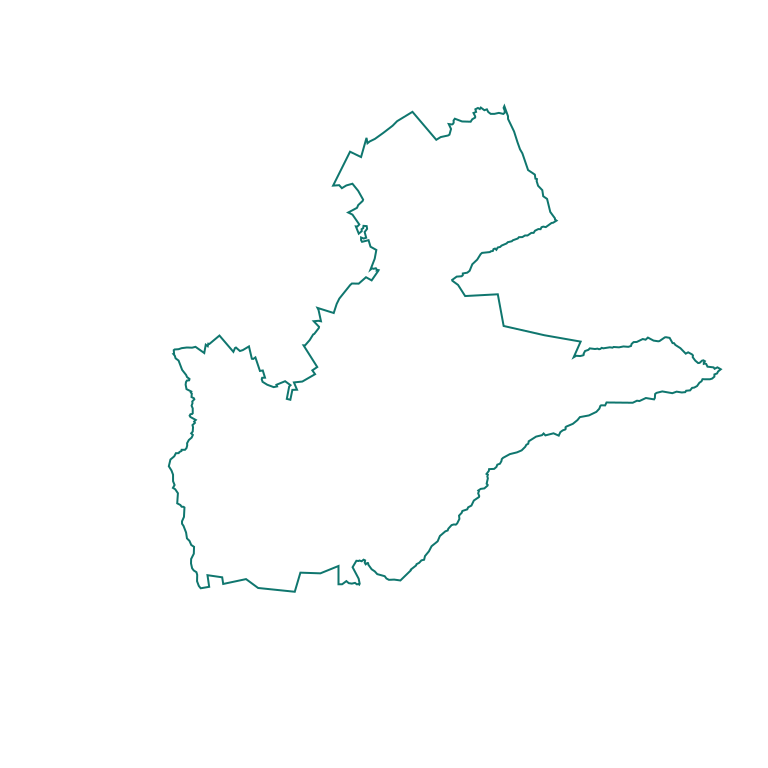 the district of Goromonzi, Mashonaland East, Zimbabwe, rotated 51°
{"feature_id": "62879985B13905566839040", "entity_name": "Goromonzi", "entity_type": "district", "adm_level": 2, "iso_a3": "ZWE", "parent_name": "Zimbabwe", "parent_adm1": "Mashonaland East", "projection": "albers", "projection_center": [31.401, -17.8], "detail": "fine", "context": "isolated", "style": "outline", "palette": "teal", "viewbox_px": 768, "rotation_deg": 51, "n_neighbors": 0, "source": "geoboundaries", "source_scale": "gbopen_adm2", "svg_char_len": 6165}
<svg xmlns="http://www.w3.org/2000/svg" viewBox="0 0 768 768"><g transform="rotate(51 384 384)"><path d="M243.8,115.6L244.7,117.3L247.7,118.2L249.2,119.7L249.2,121.3L245.6,124.1L243.6,128.1L241.2,131.1L238.2,131.8L235.3,131.2L234.4,133.7L230.1,134.8L230.6,136.5L228.6,137.3L228.0,140.1L230.5,141.2L229.7,143.9L233.4,144.7L234.3,145.5L233.8,148.8L234.7,151.6L229.1,158.1L222.4,162.0L223.0,164.1L224.8,165.4L225.3,167.0L225.1,167.8L222.7,170.1L228.0,171.4L231.4,176.2L231.2,177.8L227.8,184.5L227.1,189.7L190.4,190.6L188.0,208.4L188.7,214.7L188.4,226.6L187.8,236.8L186.5,242.5L186.5,245.3L181.7,242.7L193.2,259.0L182.1,264.2L197.8,298.7L201.3,293.7L205.3,293.5L206.0,288.3L208.5,282.5L217.6,282.5L227.6,284.2L228.3,285.4L228.7,291.4L230.1,294.1L228.2,303.9L232.5,301.9L244.5,302.8L244.8,305.6L243.8,306.7L251.3,309.0L251.2,305.1L249.6,304.0L249.8,302.1L248.2,300.4L250.4,298.1L252.8,299.5L253.7,303.4L259.1,305.8L258.2,308.2L255.7,309.6L257.8,311.3L259.7,311.6L262.5,305.5L268.8,308.1L275.0,305.6L280.8,312.4L286.6,322.5L286.6,320.5L287.9,319.6L288.9,317.5L290.8,317.7L291.6,317.0L291.6,318.1L292.5,317.4L295.7,328.4L289.7,330.8L290.1,340.5L285.7,345.7L285.8,348.0L289.5,365.0L292.0,370.4L297.2,378.4L283.0,387.8L285.3,388.3L295.6,393.5L293.6,395.2L291.0,399.1L298.7,398.5L299.5,399.5L301.2,406.7L300.9,407.8L303.1,414.1L304.3,421.0L303.3,422.2L328.8,425.2L328.3,431.1L333.0,431.4L330.7,445.9L326.1,453.0L333.7,455.2L330.9,458.9L337.3,466.7L334.4,468.9L326.3,459.3L326.1,457.4L319.6,459.1L316.9,468.1L318.6,468.6L317.0,471.7L311.1,475.2L305.9,477.0L303.3,476.0L302.5,474.8L304.2,472.5L297.2,469.7L295.8,472.2L282.4,467.2L282.2,469.9L281.2,470.8L269.8,465.3L268.8,472.4L267.7,475.2L262.5,476.1L262.3,477.2L264.2,480.8L242.8,481.4L243.0,494.6L242.1,495.2L243.7,497.2L241.3,497.8L246.8,504.2L236.5,507.1L235.0,510.3L231.6,514.2L228.8,518.7L227.7,521.7L225.4,525.0L225.4,526.1L228.5,528.2L228.2,528.8L230.4,528.8L232.9,529.8L236.5,528.9L246.0,532.0L252.5,532.1L254.6,532.7L257.7,532.0L258.5,533.1L257.3,535.0L257.9,536.7L259.7,538.6L263.7,540.7L268.6,538.5L269.0,539.5L270.5,539.4L273.0,541.8L275.5,540.7L276.5,541.0L276.9,544.0L278.4,544.9L279.8,547.2L282.6,548.0L286.4,551.1L286.5,552.1L285.7,553.4L286.3,555.0L287.8,555.2L293.5,552.9L293.7,555.2L295.2,555.4L295.4,558.7L297.4,559.6L300.6,562.6L301.0,564.9L303.3,564.6L304.6,567.2L304.7,570.9L306.1,574.3L307.8,575.5L309.5,577.8L309.9,580.1L307.8,582.7L308.6,583.6L308.1,585.8L308.5,587.1L306.8,589.3L308.2,592.5L308.3,597.5L312.5,603.0L317.5,603.6L321.7,605.0L326.8,609.1L330.7,610.3L331.9,613.4L334.4,612.5L339.2,612.9L346.6,619.8L349.9,618.4L352.0,618.5L353.3,617.1L354.4,616.8L361.4,623.1L363.6,627.4L365.5,628.9L368.1,629.1L374.9,631.3L380.0,634.3L383.5,633.9L387.8,635.1L391.0,634.1L396.2,638.6L398.6,644.0L402.0,646.9L406.5,649.1L409.2,649.2L412.2,648.2L414.8,649.3L419.6,653.4L424.4,655.0L427.4,655.0L431.6,647.5L421.5,641.5L432.4,631.4L438.2,634.8L448.8,614.0L463.3,610.2L489.3,584.1L478.0,567.7L491.1,552.6L496.8,533.9L511.0,545.4L513.3,542.5L513.5,537.3L516.6,536.7L518.9,534.6L520.3,531.7L522.7,531.1L523.3,529.7L524.3,529.5L523.9,528.6L519.3,526.2L506.6,523.7L504.0,516.7L505.6,515.1L505.7,514.2L507.7,512.9L507.7,510.4L509.2,509.7L510.7,511.4L512.6,511.7L512.6,509.6L513.2,509.1L514.7,509.9L520.2,510.2L523.8,509.1L527.5,508.9L533.8,504.4L536.7,504.5L539.3,503.4L542.4,499.2L547.0,494.9L545.7,480.4L545.1,480.0L545.2,473.3L544.5,472.1L545.1,469.2L544.6,465.9L545.8,463.4L543.5,460.4L542.3,454.4L540.0,449.1L540.0,441.3L537.3,436.2L537.1,429.0L537.9,426.7L536.9,425.0L536.2,420.3L537.1,418.1L538.5,416.7L538.4,414.9L536.3,410.3L533.5,408.5L533.0,404.7L532.0,403.0L533.8,398.2L532.8,396.2L533.5,392.6L531.1,387.5L531.6,381.3L531.0,380.5L528.2,379.6L527.1,377.8L526.1,377.8L526.4,374.8L528.3,371.7L528.1,367.4L527.6,366.9L526.1,367.0L522.6,362.6L520.9,361.9L519.9,360.4L518.4,360.9L517.5,357.2L516.3,355.9L519.3,351.8L519.2,348.8L518.0,346.7L518.9,344.1L517.9,341.4L516.5,339.7L516.3,338.0L517.7,330.3L520.8,323.7L522.2,318.8L521.7,313.8L520.8,311.6L521.2,309.5L519.6,307.6L520.6,298.9L523.2,293.4L522.9,291.1L525.5,290.9L529.0,283.3L534.1,280.7L532.4,277.3L532.5,274.3L533.4,271.8L533.2,271.0L531.9,270.2L531.8,269.2L533.8,262.3L533.8,256.4L533.0,252.6L537.4,244.5L539.3,236.5L538.7,232.2L537.2,229.7L537.2,228.7L539.8,225.6L538.4,222.7L555.1,202.5L556.2,197.9L558.0,196.2L559.7,189.3L565.9,183.8L565.3,182.3L562.4,179.6L562.4,177.8L564.9,172.4L572.6,165.7L574.1,161.4L578.0,157.9L579.9,155.0L579.4,153.4L581.6,150.1L580.9,147.0L582.0,145.2L582.6,142.0L581.5,138.1L581.7,135.5L580.7,133.5L585.4,127.8L586.3,125.6L586.2,122.6L584.5,121.2L585.4,118.5L584.5,116.5L584.5,113.0L580.9,114.4L580.2,117.5L578.5,117.4L574.1,121.7L571.2,121.0L570.1,121.6L569.6,122.8L568.6,122.0L568.2,120.3L566.6,120.9L566.0,122.2L566.2,125.4L565.4,126.7L561.7,127.4L557.4,127.2L556.2,125.9L554.8,126.0L550.8,127.7L550.3,130.4L542.7,131.1L537.0,133.0L534.8,132.9L533.8,134.0L527.9,133.0L525.1,135.4L524.5,136.4L524.0,142.9L523.4,144.0L519.9,147.2L514.0,149.7L514.2,152.8L511.9,154.6L510.4,161.1L508.5,163.7L508.7,166.4L509.9,168.1L508.9,170.7L505.5,174.3L503.4,178.3L499.7,182.3L499.6,183.5L497.6,185.4L494.3,191.1L492.9,192.1L492.9,193.8L492.3,195.0L490.9,195.8L489.6,198.0L485.8,201.7L486.1,203.6L484.9,207.0L486.1,209.8L487.0,210.4L487.0,211.3L485.7,214.0L483.0,216.9L482.6,219.8L474.8,204.5L447.0,228.7L414.2,254.5L385.9,239.1L366.7,265.6L353.6,264.1L346.8,265.9L346.0,265.6L346.3,259.9L349.1,255.9L349.1,254.4L347.7,253.2L349.9,249.2L349.9,246.2L346.5,240.0L346.0,233.3L343.9,227.2L343.8,225.3L348.1,218.7L348.1,217.5L349.1,215.7L348.1,214.0L348.6,212.5L350.4,212.2L349.5,209.7L350.6,207.4L350.4,205.6L351.9,200.3L351.7,198.6L353.5,194.8L353.4,193.4L355.1,188.5L354.8,186.8L356.9,184.0L357.3,181.0L358.9,179.0L359.3,174.4L360.7,172.6L359.9,170.2L360.7,166.6L362.2,164.9L361.3,162.9L361.9,161.2L363.9,159.5L364.3,152.4L365.1,151.1L365.6,147.1L363.8,147.6L362.8,146.9L354.9,146.5L342.8,140.8L338.3,142.1L333.0,139.0L326.9,139.5L322.4,137.7L321.0,136.2L319.7,137.1L316.2,135.0L308.4,137.4L291.8,131.3L287.2,130.6L280.1,128.1L269.6,124.0L256.1,120.8L253.9,119.1L243.8,115.6Z" fill="none" stroke="#0f766e" stroke-width="2"/></g></svg>